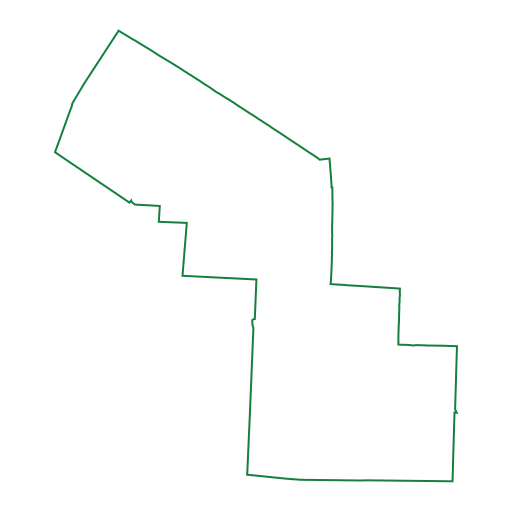 the district of Vadastra, Olt, Romania
{"feature_id": "2599482B83559341679442", "entity_name": "Vadastra", "entity_type": "district", "adm_level": 2, "iso_a3": "ROU", "parent_name": "Romania", "parent_adm1": "Olt", "projection": "albers", "projection_center": [24.394, 43.851], "detail": "fine", "context": "isolated", "style": "outline", "palette": "green", "viewbox_px": 512, "rotation_deg": 0, "n_neighbors": 0, "source": "geoboundaries", "source_scale": "gbopen_adm2", "svg_char_len": 3597}
<svg xmlns="http://www.w3.org/2000/svg" viewBox="0 0 512 512"><path d="M452.5,481.3L452.6,478.3L452.9,469.6L453.0,463.6L453.7,439.8L454.5,412.5L456.7,412.7L455.1,409.2L456.8,351.8L457.0,346.2L455.6,346.1L454.0,346.1L452.0,346.0L449.5,346.0L447.3,345.9L445.5,345.8L444.1,345.8L441.4,345.7L438.4,345.7L435.6,345.6L432.5,345.6L429.1,345.5L426.9,345.5L423.5,345.3L419.9,345.2L415.9,345.1L415.2,345.2L414.5,345.4L413.2,345.4L411.2,345.3L410.3,345.1L407.3,344.9L403.9,344.8L400.1,344.7L398.4,344.6L398.4,344.0L398.4,342.0L398.4,340.6L398.4,339.2L398.4,337.0L398.5,332.0L398.6,328.9L398.7,326.0L398.8,324.3L398.9,322.5L399.0,319.9L399.0,317.7L399.1,315.9L399.1,314.0L399.2,311.6L399.3,309.3L399.3,308.3L399.4,306.6L399.2,305.8L399.3,305.1L399.3,303.9L399.6,301.9L399.6,299.9L399.6,297.5L399.7,296.7L400.0,295.5L399.9,294.5L399.8,292.0L399.9,288.6L394.3,288.2L383.3,287.5L380.3,287.3L375.4,287.0L367.9,286.5L366.6,286.4L361.6,286.1L358.3,285.9L353.1,285.6L349.9,285.4L347.8,285.3L344.8,285.0L342.2,284.8L338.5,284.6L335.1,284.4L330.6,284.1L330.8,281.8L331.0,279.9L331.1,278.2L331.2,275.7L331.3,273.9L331.4,271.7L331.5,270.0L331.5,267.7L331.6,266.2L331.8,263.2L331.8,261.5L331.8,260.2L331.9,258.2L331.9,256.6L332.0,254.2L331.9,252.6L332.0,251.0L332.1,249.4L332.1,247.1L332.1,245.1L332.1,243.4L332.1,242.4L332.1,241.9L332.1,240.6L332.1,238.7L332.1,237.2L332.3,236.4L332.3,235.6L332.2,234.4L332.1,230.8L332.1,225.8L332.2,223.1L332.3,219.3L332.4,215.3L332.5,211.6L332.5,209.5L332.5,206.8L332.6,203.9L332.5,200.5L332.5,199.2L332.4,197.2L332.4,195.5L332.4,193.2L332.4,191.7L332.4,188.8L332.3,187.4L331.6,187.4L331.5,185.2L331.3,181.8L330.8,174.8L330.5,171.2L330.3,168.4L329.9,163.6L329.5,158.6L328.0,158.7L326.4,158.9L325.0,159.1L321.8,159.4L319.6,159.7L318.1,158.4L317.0,157.6L314.6,155.9L312.4,154.5L308.6,152.1L305.3,149.8L304.0,149.0L302.6,148.0L301.1,147.1L299.0,145.6L297.8,144.8L295.7,143.5L294.0,142.3L291.9,140.9L291.2,140.5L289.1,139.1L286.9,137.6L284.0,135.6L281.8,134.2L279.0,132.3L277.4,131.3L275.3,130.0L273.5,128.8L272.1,127.9L271.0,127.1L269.6,126.1L268.0,125.0L266.8,124.3L265.1,123.2L262.8,121.7L261.4,120.7L259.2,119.4L257.2,118.1L256.1,117.3L254.1,116.0L252.4,114.9L250.9,114.0L249.6,113.2L248.0,112.1L246.8,111.4L245.0,110.2L243.6,109.3L243.5,109.2L242.7,108.7L241.5,107.9L240.1,107.0L238.6,106.0L236.9,104.9L235.6,104.0L234.4,103.1L233.2,102.4L232.5,102.0L231.5,101.3L230.4,100.5L229.5,100.0L228.7,99.5L228.0,99.1L227.4,98.8L227.0,98.6L226.7,98.4L226.0,98.0L225.4,97.6L224.0,96.7L222.6,95.8L220.8,94.6L219.8,94.0L218.6,93.2L217.3,92.7L216.4,92.1L215.3,91.3L214.3,90.6L213.0,89.7L211.6,88.7L209.1,87.0L206.4,85.3L202.8,83.0L199.1,80.5L196.9,79.1L193.9,77.2L191.2,75.4L188.8,74.0L186.9,72.7L185.6,71.9L183.5,70.6L181.8,69.4L180.7,68.7L179.3,67.8L177.7,66.8L175.4,65.4L173.6,64.3L170.6,62.4L169.0,61.5L166.7,60.1L165.5,59.4L163.1,57.9L160.5,56.4L158.8,55.3L157.0,54.2L155.0,52.8L152.8,51.5L149.5,49.3L145.4,46.9L141.4,44.4L138.3,42.6L137.9,42.3L135.5,40.8L133.1,39.5L131.0,38.3L128.5,36.7L126.6,35.6L121.2,32.3L118.6,30.7L118.0,31.7L115.8,35.0L84.0,83.8L72.7,102.8L72.0,104.5L72.1,105.3L70.2,110.3L67.6,117.4L60.3,137.8L55.0,152.2L70.1,162.5L72.8,164.3L129.0,202.3L129.3,202.6L131.2,200.5L131.4,201.3L131.7,202.0L133.3,203.4L134.7,204.4L136.1,204.7L148.9,205.3L159.8,206.0L158.8,221.8L186.8,222.9L182.5,275.8L256.4,279.5L255.5,302.4L254.8,319.0L253.4,319.3L252.3,320.0L252.2,321.6L252.6,325.4L253.4,327.9L250.1,409.0L247.2,474.8L248.1,474.8L249.1,474.9L262.8,476.3L287.5,478.8L301.2,479.8L362.8,480.5L366.1,480.3L393.2,480.6L452.5,481.3Z" fill="none" stroke="#15803d" stroke-width="2"/></svg>